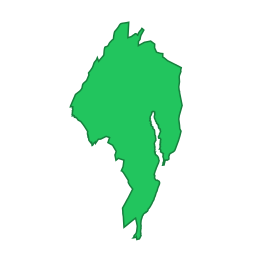 outline of Granvin nor, Hordaland, Norway, rotated 298°
{"feature_id": "86288312B43421694562872", "entity_name": "Granvin nor", "entity_type": "district", "adm_level": 2, "iso_a3": "NOR", "parent_name": "Norway", "parent_adm1": "Hordaland", "projection": "equal_earth", "projection_center": [6.647, 60.544], "detail": "fine", "context": "isolated", "style": "filled", "palette": "green", "viewbox_px": 256, "rotation_deg": 298, "n_neighbors": 0, "source": "geoboundaries", "source_scale": "gbopen_adm2", "svg_char_len": 5824}
<svg xmlns="http://www.w3.org/2000/svg" viewBox="0 0 256 256"><g transform="rotate(298 128 128)"><path d="M218.7,75.1L217.6,73.6L216.7,72.7L216.0,72.4L214.9,72.2L212.5,72.1L209.5,71.6L208.0,71.2L206.7,71.0L205.4,71.3L202.8,72.1L199.8,73.3L198.8,73.1L198.5,72.8L195.3,71.9L193.9,71.7L191.6,71.8L190.9,71.6L190.4,71.4L189.1,70.1L188.5,69.7L187.3,69.9L185.3,70.6L181.1,72.4L179.6,72.2L175.7,71.3L173.1,70.8L173.7,70.1L175.7,67.9L174.8,68.0L173.2,68.1L170.3,67.5L169.5,67.5L166.0,68.1L164.4,68.2L161.3,67.9L158.1,67.3L157.0,68.1L156.6,68.6L151.6,69.1L150.3,69.1L146.5,67.7L145.7,67.6L145.0,67.6L141.4,68.7L139.4,68.5L137.9,68.1L133.0,65.9L120.3,67.0L119.7,67.2L120.3,67.7L120.2,68.0L120.5,68.5L120.9,69.2L120.9,69.3L120.4,69.5L119.9,69.5L119.7,69.7L119.3,69.7L118.8,70.5L118.4,70.7L117.9,70.7L117.6,70.9L117.4,70.8L117.3,71.0L117.0,71.0L116.7,71.3L116.2,71.3L115.6,71.6L115.3,71.8L114.9,71.9L113.8,72.4L113.7,72.4L113.9,72.7L113.8,72.8L113.8,73.0L113.6,73.1L113.3,73.4L112.9,73.4L113.0,73.5L113.1,74.2L113.4,74.4L113.2,74.7L113.4,74.9L113.1,75.3L112.9,75.4L112.4,75.7L112.8,76.1L112.6,76.8L113.0,77.5L111.6,80.3L111.6,83.2L110.4,86.0L109.0,88.8L106.0,94.1L105.7,94.1L103.7,95.0L102.9,95.8L102.2,96.3L102.7,96.3L102.5,96.5L98.8,99.3L97.6,101.9L98.0,101.9L98.2,102.1L98.2,102.3L98.3,102.6L95.7,104.5L96.0,104.8L99.1,105.1L99.7,105.5L100.2,105.6L99.2,106.5L104.2,107.1L105.4,109.1L110.3,112.6L110.9,115.7L110.9,116.3L105.7,117.1L105.6,122.5L101.9,128.5L98.9,129.1L98.1,129.1L93.9,132.5L96.7,133.7L97.7,139.5L91.6,141.8L87.1,142.2L87.2,142.6L87.1,143.2L86.5,144.9L81.9,152.9L79.9,153.9L78.2,156.6L76.3,160.8L66.1,161.0L64.2,160.9L60.0,160.9L54.7,160.8L51.9,162.6L49.8,163.8L47.6,165.5L38.4,171.1L42.3,172.8L44.8,173.8L51.5,176.7L52.0,177.0L48.9,179.7L45.7,182.3L41.1,184.1L39.5,184.5L38.5,184.6L36.1,184.0L35.3,184.0L35.2,184.3L34.8,184.4L34.1,184.4L33.5,184.2L33.8,184.7L34.5,185.3L34.8,185.9L35.1,186.3L35.5,186.5L35.8,186.5L33.7,188.2L35.5,190.1L39.2,190.0L39.3,189.7L39.6,189.5L39.7,189.2L40.5,189.1L40.6,188.8L41.3,188.6L42.1,187.9L44.6,186.8L45.1,186.8L46.5,186.0L47.5,185.6L48.4,185.1L48.6,184.8L49.6,184.2L52.7,182.9L57.5,182.0L57.9,182.2L59.0,182.1L59.9,182.3L60.8,182.8L61.5,183.0L61.6,183.3L62.2,183.3L62.2,183.6L62.8,183.7L63.6,184.2L64.7,184.2L65.7,183.9L66.4,183.9L66.9,184.2L67.8,184.3L68.1,184.4L68.9,184.4L69.8,184.5L72.0,184.5L72.3,184.6L73.7,184.4L77.0,184.5L77.9,184.2L79.0,184.0L81.2,183.9L81.7,183.6L82.3,183.6L84.2,183.2L85.9,183.2L88.9,182.5L90.6,182.3L92.2,182.2L93.6,182.0L93.7,181.7L94.7,181.5L95.4,180.7L95.6,180.1L95.5,179.4L95.7,178.5L95.1,177.5L95.2,176.8L96.2,174.9L97.5,174.5L97.9,174.2L98.3,174.2L98.7,173.9L98.6,173.7L99.1,173.6L98.8,173.6L98.9,173.4L99.1,173.0L99.2,172.9L102.7,172.2L104.7,172.0L106.2,171.7L108.1,171.6L109.7,171.4L111.0,171.4L113.8,170.8L114.0,170.5L114.5,170.0L116.1,168.7L117.1,167.0L117.1,165.8L117.4,165.5L117.3,165.4L117.4,165.0L117.7,164.4L118.3,164.0L118.4,163.6L119.0,163.5L118.8,163.4L118.9,163.1L119.1,162.9L120.0,162.3L121.7,161.9L123.1,160.8L123.5,160.7L123.6,160.8L123.8,160.8L123.8,160.7L123.6,160.6L123.7,160.4L124.1,160.3L124.3,160.1L125.1,159.7L125.8,159.2L126.2,158.7L126.9,158.4L127.8,158.3L129.0,158.2L130.1,158.4L130.6,158.0L131.2,157.8L132.9,156.5L133.7,156.1L134.2,155.6L134.7,154.7L135.8,154.2L138.5,152.4L138.8,151.9L139.0,150.9L139.3,150.0L139.9,149.9L140.1,149.7L140.5,149.6L140.6,149.1L140.8,148.6L140.8,147.7L141.0,147.2L142.0,147.1L142.1,146.3L142.8,146.1L142.7,145.8L143.6,145.7L144.8,144.8L144.7,144.2L144.6,143.8L145.1,143.7L145.4,143.6L146.5,143.5L146.6,143.1L146.9,143.0L147.0,142.7L148.1,142.5L148.7,142.2L150.7,142.3L152.1,142.1L152.7,141.7L152.9,141.6L153.6,142.0L153.9,141.8L154.2,142.0L154.4,142.4L154.3,142.5L154.6,142.7L154.8,143.1L154.7,143.4L154.5,143.6L154.5,143.8L154.6,144.1L153.9,144.6L153.2,144.7L152.9,145.2L151.9,145.4L151.6,145.6L151.1,145.6L150.0,146.0L149.7,146.4L148.9,147.0L148.6,147.7L148.3,147.8L148.0,148.4L147.1,149.1L147.0,149.6L146.3,150.5L146.0,150.9L145.6,151.0L145.5,151.4L145.6,151.9L145.3,152.1L145.0,152.6L144.8,153.1L144.9,153.3L144.6,153.4L144.2,153.6L144.2,153.9L142.8,154.7L142.1,155.7L142.4,156.3L142.2,156.8L142.0,157.0L141.6,157.1L141.5,157.5L140.9,157.6L140.6,157.9L140.5,158.3L139.9,158.5L137.6,158.6L137.1,158.9L136.3,159.0L134.9,158.9L134.0,159.4L133.5,159.8L133.4,160.1L133.8,160.7L134.0,161.0L134.0,161.3L133.8,161.8L133.6,162.0L132.5,162.4L132.6,162.5L132.1,162.6L131.7,162.9L130.9,163.0L130.5,163.2L130.6,163.5L130.4,163.6L128.8,163.8L128.8,164.2L128.2,164.2L127.4,164.7L127.4,165.0L126.6,165.2L126.6,165.5L124.4,165.7L124.6,165.9L124.6,166.2L124.3,166.4L124.3,166.7L124.1,167.0L123.3,167.5L123.1,167.8L122.3,167.9L122.2,168.4L122.2,168.8L122.0,171.3L120.6,171.5L120.5,171.8L120.1,172.1L119.0,172.3L118.8,172.7L118.6,172.8L118.1,173.5L117.2,174.0L117.1,174.5L116.6,174.6L114.7,175.3L114.1,175.2L114.0,175.5L113.6,175.9L112.8,175.7L112.8,176.0L111.5,176.1L112.3,177.2L113.5,176.8L114.6,176.6L115.6,176.3L116.7,175.8L116.9,176.1L117.0,176.4L117.7,176.6L117.9,177.0L117.9,177.6L118.1,177.7L118.9,178.3L119.7,178.7L120.5,178.3L122.1,177.3L123.4,177.2L124.2,176.9L125.5,177.4L127.1,178.4L128.1,179.1L129.9,179.8L132.2,179.6L141.0,178.4L145.4,177.5L150.1,176.3L151.6,174.1L154.6,172.2L159.7,168.6L163.1,167.4L173.3,165.2L183.2,157.1L184.7,156.2L184.8,155.8L188.1,153.5L192.9,151.8L196.8,149.4L198.0,148.9L198.9,148.7L202.7,148.2L203.9,147.3L206.3,146.7L206.0,131.3L206.9,127.0L207.0,125.3L210.0,123.8L209.1,121.6L208.3,117.6L211.3,113.8L214.6,112.2L215.4,107.2L211.3,102.2L205.6,98.5L209.3,96.6L211.9,97.0L214.4,96.2L216.0,95.9L221.9,96.0L222.0,95.1L222.3,94.7L222.5,93.5L220.5,93.4L218.8,92.9L216.7,92.7L213.7,93.2L214.8,92.7L215.0,90.7L214.6,90.1L213.3,89.6L212.4,89.0L211.4,88.6L210.1,87.9L207.7,85.5L221.7,79.0L220.0,76.9L218.7,75.1Z" fill="#22c55e" stroke="#15803d" stroke-width="1.5"/></g></svg>